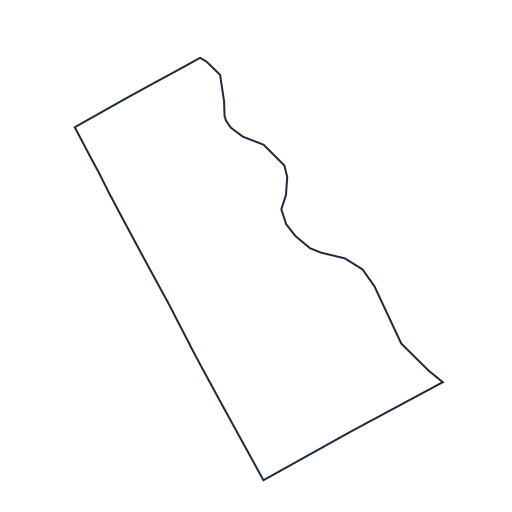 Milwaukee, Wisconsin, United States of America, rotated 331°
{"feature_id": "52423323B84290681505038", "entity_name": "Milwaukee", "entity_type": "district", "adm_level": 2, "iso_a3": "USA", "parent_name": "United States of America", "parent_adm1": "Wisconsin", "projection": "orthographic", "projection_center": [-87.947, 43.017], "detail": "fine", "context": "isolated", "style": "outline", "palette": "slate", "viewbox_px": 512, "rotation_deg": 331, "n_neighbors": 0, "source": "geoboundaries", "source_scale": "gbopen_adm2", "svg_char_len": 769}
<svg xmlns="http://www.w3.org/2000/svg" viewBox="0 0 512 512"><g transform="rotate(331 256 256)"><path d="M358.2,456.9L351.5,440.3L340.6,403.0L340.9,398.6L343.8,356.0L344.9,340.1L342.7,319.5L332.6,301.2L320.0,289.6L314.6,284.7L307.0,275.4L300.2,257.8L297.8,242.9L300.8,227.4L311.7,217.3L321.6,202.1L324.7,190.6L322.2,181.9L316.6,162.4L302.3,145.2L296.2,131.5L295.4,123.1L296.3,118.4L303.0,105.4L312.4,80.2L306.9,61.9L303.2,55.6L275.9,55.5L275.7,55.5L247.0,55.2L217.8,55.1L159.9,55.5L159.1,92.7L159.0,106.1L157.9,132.0L157.9,137.5L157.5,156.3L157.4,163.1L156.8,207.2L156.8,207.9L156.5,248.8L156.4,257.1L155.2,297.8L154.9,306.1L154.6,322.8L154.5,330.6L154.3,356.3L154.2,365.5L153.8,455.7L253.1,455.5L358.2,456.9Z" fill="none" stroke="#1e293b" stroke-width="2"/></g></svg>